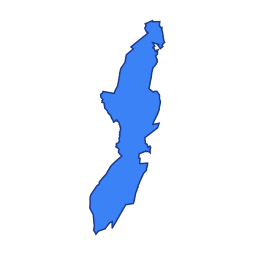 San Buenaventura, Coahuila, Mexico (Equal Earth projection), rotated 218°
{"feature_id": "50627088B12868426200060", "entity_name": "San Buenaventura", "entity_type": "district", "adm_level": 2, "iso_a3": "MEX", "parent_name": "Mexico", "parent_adm1": "Coahuila", "projection": "equal_earth", "projection_center": [-101.864, 27.841], "detail": "fine", "context": "isolated", "style": "filled", "palette": "blue", "viewbox_px": 256, "rotation_deg": 218, "n_neighbors": 0, "source": "geoboundaries", "source_scale": "gbopen_adm2", "svg_char_len": 5145}
<svg xmlns="http://www.w3.org/2000/svg" viewBox="0 0 256 256"><g transform="rotate(218 128 128)"><path d="M170.2,141.4L169.7,140.3L169.9,139.2L170.2,137.6L168.4,135.7L165.1,134.9L165.0,134.2L165.3,133.3L164.7,133.0L164.3,132.2L162.3,133.0L161.2,132.3L160.9,131.3L159.9,131.0L158.8,129.5L158.5,129.4L155.7,129.0L154.8,128.8L154.7,128.7L154.1,128.3L153.4,127.9L152.5,127.6L151.8,127.3L151.4,127.6L150.5,127.3L149.9,127.2L149.4,127.3L148.9,127.1L148.0,126.2L147.7,126.3L147.3,126.1L147.0,125.6L146.6,125.4L145.2,125.1L144.7,124.9L144.1,124.6L143.4,123.9L142.9,123.7L142.7,123.9L142.7,124.3L141.9,127.4L141.5,127.1L141.4,127.1L141.2,127.1L140.8,126.7L140.6,126.9L140.3,126.7L139.6,127.1L139.1,126.9L138.8,126.8L138.0,126.7L137.1,125.4L136.6,125.4L136.4,125.2L136.0,125.1L135.2,124.5L135.1,124.1L134.6,123.8L134.1,123.8L134.0,123.5L133.6,123.4L133.4,122.8L132.8,121.7L132.5,121.5L132.3,121.0L132.1,120.5L132.1,119.6L131.7,119.3L131.2,119.0L130.6,117.4L130.3,117.4L130.0,117.4L129.8,116.8L129.6,116.7L129.3,116.3L129.0,115.1L128.6,114.1L128.2,113.9L128.0,113.7L127.8,113.6L127.2,112.8L126.5,112.3L126.6,111.6L126.7,111.3L126.5,110.7L126.6,110.1L127.0,109.4L127.3,108.9L127.5,108.3L127.2,107.9L126.9,107.6L126.6,107.4L126.3,107.5L126.0,107.1L125.9,106.8L125.8,106.4L126.0,105.7L125.4,105.6L123.6,106.1L121.9,105.6L121.3,104.3L120.7,103.1L118.5,102.5L115.6,102.1L117.5,92.7L117.5,92.1L118.0,88.0L118.0,86.2L117.6,83.8L117.2,80.3L116.9,79.1L116.8,78.8L116.9,76.8L116.9,76.7L116.9,76.3L117.0,75.3L117.1,74.4L117.1,73.8L117.3,73.2L117.3,72.4L117.1,71.8L117.2,70.7L117.4,69.3L117.3,67.7L116.5,66.8L116.2,66.4L117.0,62.9L116.6,59.6L116.3,54.8L116.2,53.0L115.4,50.4L113.4,47.7L111.6,45.5L108.7,41.3L105.3,39.8L102.0,38.3L99.0,35.1L95.9,31.8L94.4,30.4L92.4,26.9L91.9,26.1L90.1,25.7L87.9,24.6L87.9,28.5L86.0,31.4L84.0,34.5L84.1,36.7L84.1,40.3L84.1,42.1L82.8,44.5L80.8,41.8L78.7,39.2L79.1,41.3L79.6,45.5L79.8,46.7L80.8,53.4L81.2,56.4L81.6,59.3L82.0,61.9L82.3,64.4L82.7,66.1L82.7,66.4L82.1,66.6L77.4,71.7L77.4,71.8L77.8,73.1L78.4,74.6L79.5,76.7L80.7,79.1L81.9,81.4L82.2,82.3L82.2,82.6L82.3,82.9L82.5,83.5L82.7,84.2L82.7,84.6L83.1,85.0L83.4,85.7L83.6,86.5L83.6,87.3L83.9,87.9L84.4,88.5L84.7,89.2L84.9,89.5L84.9,90.2L84.9,90.4L85.9,93.6L87.8,101.9L87.5,106.0L88.6,107.9L88.9,108.4L88.9,108.6L89.0,108.7L89.0,108.8L89.1,109.0L89.4,109.1L89.6,109.3L89.4,109.7L89.6,110.3L89.8,110.7L90.0,110.9L90.1,111.3L90.3,111.5L90.6,112.1L90.9,112.4L92.5,111.0L94.0,109.6L95.9,107.9L96.0,107.9L96.6,107.4L97.0,107.3L97.5,107.9L99.8,111.5L100.9,110.8L101.7,112.0L103.3,114.5L100.1,120.2L99.5,120.5L99.7,120.8L98.5,121.3L97.5,122.1L95.3,122.1L95.5,122.3L96.9,124.0L97.4,124.8L97.5,125.2L97.9,125.9L98.0,126.4L98.6,126.9L99.1,127.1L99.6,127.3L100.3,125.0L102.9,126.9L103.5,126.8L104.6,126.5L108.8,130.7L107.0,137.7L104.8,146.4L106.4,150.9L110.6,146.1L111.8,149.4L111.9,150.3L112.1,150.9L112.3,152.5L112.6,153.5L112.8,154.9L113.0,155.6L113.1,156.4L113.4,157.1L113.4,157.6L113.7,158.2L114.3,160.1L114.3,160.4L115.0,162.0L115.6,163.0L116.9,165.2L117.0,165.7L117.3,166.2L117.7,167.0L118.1,167.8L118.9,168.9L119.6,169.4L120.3,169.8L121.2,170.5L121.9,171.4L122.5,172.1L123.4,173.2L123.6,173.4L127.8,174.7L129.3,173.6L130.1,171.9L130.6,171.9L135.5,171.8L135.8,172.2L137.3,175.1L138.2,177.0L138.9,177.9L140.6,181.7L143.1,185.8L145.3,190.5L145.2,195.5L145.6,197.7L145.8,198.6L146.5,198.6L146.8,199.6L147.4,199.9L150.8,201.9L150.2,204.1L151.7,206.2L152.2,207.0L152.5,207.5L152.5,208.1L153.3,206.9L153.1,206.4L152.8,205.6L152.9,205.1L153.0,205.0L153.5,205.2L154.7,205.8L157.1,207.1L157.2,206.9L157.4,206.4L158.1,206.8L157.2,208.8L161.1,210.5L155.6,212.6L156.0,211.8L152.5,210.9L151.3,210.6L150.8,213.3L150.7,213.7L151.1,213.8L151.9,214.0L152.3,214.1L152.2,215.2L152.3,215.2L152.3,215.3L151.9,218.1L152.1,218.1L152.3,218.0L152.5,218.0L152.8,218.3L155.1,220.3L159.5,224.4L160.0,224.8L160.3,225.1L160.6,225.3L161.0,225.7L161.2,225.8L161.9,226.4L162.1,226.3L162.5,226.7L162.4,226.8L162.5,227.3L162.8,227.7L163.1,227.3L163.4,227.9L163.5,227.8L164.0,227.7L164.6,227.7L165.2,227.5L165.4,227.4L165.6,227.4L165.7,227.5L165.8,227.6L165.9,227.8L166.0,227.9L166.2,228.3L166.3,228.3L166.4,228.5L166.5,228.5L166.8,228.6L166.9,228.8L167.6,230.0L167.6,229.9L167.7,230.2L168.1,230.8L168.5,231.4L169.2,230.8L169.4,230.7L170.6,229.6L172.1,228.4L173.8,227.0L174.0,227.2L174.7,227.8L174.8,227.6L175.5,226.4L176.4,224.8L176.9,223.8L177.4,222.9L177.5,222.7L177.8,222.3L178.0,221.9L178.2,221.5L178.4,221.1L178.6,220.7L176.8,220.0L176.7,219.2L176.4,217.8L176.3,217.2L175.6,216.6L174.3,216.0L174.0,215.8L173.5,215.6L172.6,215.2L172.4,215.1L172.0,215.2L171.9,215.4L171.6,215.5L171.5,215.3L171.4,215.4L171.3,215.2L171.1,215.1L170.7,215.1L170.8,214.4L170.9,214.0L172.0,209.3L172.7,206.5L173.8,201.5L174.3,199.3L174.4,199.2L174.6,198.2L175.6,193.7L174.1,193.7L172.5,193.6L174.4,184.7L171.3,178.9L170.7,177.5L170.5,174.0L170.4,171.3L170.2,170.5L170.0,169.7L169.4,168.6L168.6,166.8L168.3,166.0L167.4,164.9L166.3,162.6L165.5,161.4L164.6,159.7L163.5,157.6L163.2,156.9L161.8,153.9L161.8,153.1L161.5,151.5L161.2,149.8L161.1,149.6L160.3,146.6L164.1,144.6L170.2,141.4Z" fill="#3b82f6" stroke="#1e3a8a" stroke-width="1.5"/></g></svg>